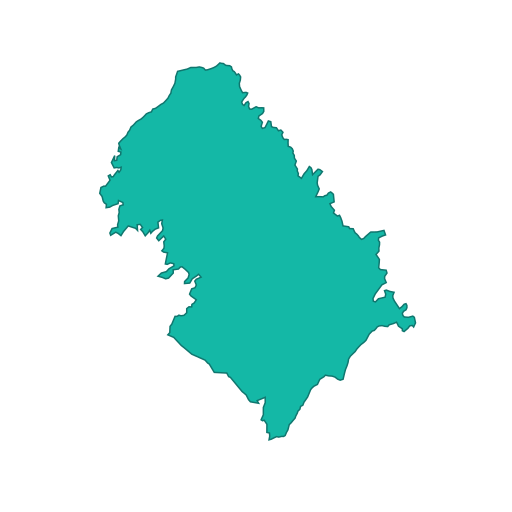 the district of Bossoroca, Rio Grande do Sul, Brazil, rotated 206°
{"feature_id": "56859067B25851744085744", "entity_name": "Bossoroca", "entity_type": "district", "adm_level": 2, "iso_a3": "BRA", "parent_name": "Brazil", "parent_adm1": "Rio Grande do Sul", "projection": "equal_earth", "projection_center": [-54.962, -28.651], "detail": "fine", "context": "isolated", "style": "filled", "palette": "teal", "viewbox_px": 512, "rotation_deg": 206, "n_neighbors": 0, "source": "geoboundaries", "source_scale": "gbopen_adm2", "svg_char_len": 5657}
<svg xmlns="http://www.w3.org/2000/svg" viewBox="0 0 512 512"><g transform="rotate(206 256 256)"><path d="M395.7,210.9L392.5,215.9L389.9,215.9L386.3,215.1L385.8,219.9L384.0,227.0L376.4,228.1L373.7,227.1L376.5,232.0L373.9,233.7L370.5,231.9L371.3,229.3L368.4,228.2L364.4,225.6L363.2,229.7L362.8,232.6L360.5,230.3L359.9,232.6L358.3,236.0L355.9,238.6L359.0,243.4L357.6,246.1L355.9,247.3L354.9,243.7L351.8,240.5L351.1,237.8L353.3,230.8L353.2,228.6L350.1,227.1L347.7,233.5L344.5,231.6L345.1,228.3L342.9,224.8L342.1,222.5L342.9,219.4L340.8,219.0L336.9,220.1L334.8,212.0L334.0,209.1L332.1,209.6L329.9,212.3L326.5,213.0L325.4,211.2L328.6,206.4L329.7,202.7L333.6,199.2L335.2,194.9L330.8,195.7L327.2,195.9L324.9,197.8L322.9,204.4L324.4,207.3L320.0,210.3L319.2,212.9L317.7,213.9L313.8,213.0L309.4,211.6L308.0,210.1L307.4,206.5L309.0,201.8L308.2,199.9L303.7,202.6L303.3,207.6L300.7,212.0L299.6,214.4L296.1,212.9L299.5,208.9L300.0,206.6L296.9,203.7L296.9,200.7L299.4,198.3L299.0,192.6L297.0,191.6L290.5,190.5L291.0,186.7L292.4,184.4L291.5,182.1L294.0,180.9L295.2,178.3L293.4,174.6L294.7,171.1L297.2,169.4L299.4,169.0L300.4,167.2L302.3,166.3L301.8,157.9L302.4,155.1L299.9,149.3L300.7,146.5L294.2,146.8L283.9,142.8L280.6,142.1L270.7,139.6L256.2,140.1L252.5,138.6L250.6,138.4L242.5,133.1L230.9,138.0L227.7,135.6L225.8,135.7L209.1,128.1L203.9,126.8L199.7,123.6L197.1,122.5L189.1,124.8L191.6,126.5L185.8,133.0L183.4,128.2L183.0,123.1L179.8,116.5L179.6,111.0L177.9,110.8L176.6,112.0L172.4,109.5L168.9,102.2L166.3,102.8L164.7,100.1L163.7,96.5L162.0,98.0L160.0,100.6L158.3,102.7L156.2,103.2L153.9,105.1L152.1,105.9L151.1,107.5L151.3,110.7L151.1,113.7L152.2,119.0L151.3,121.5L150.6,124.5L149.8,127.4L150.1,129.5L150.0,132.8L150.3,134.9L149.4,137.4L150.0,140.4L148.5,142.4L148.8,145.6L148.4,147.9L147.8,151.9L148.3,159.9L147.7,162.3L146.7,164.6L144.5,167.5L144.6,173.1L142.0,177.3L141.4,179.3L138.2,180.1L135.0,181.4L132.0,181.8L128.6,181.1L125.9,181.3L123.7,183.4L125.0,189.1L125.8,193.1L126.1,197.3L126.6,200.6L127.6,203.9L127.3,207.3L126.0,210.9L125.0,213.6L124.6,216.6L123.9,219.1L122.9,222.3L121.1,225.9L120.2,228.4L120.0,235.4L118.6,239.6L117.1,240.9L116.4,243.1L115.9,245.5L114.7,247.1L112.2,248.7L109.4,249.3L106.7,250.3L106.1,252.6L103.0,255.4L100.7,258.1L98.9,256.8L97.2,255.4L92.6,254.7L91.7,253.0L89.8,253.0L87.8,257.5L87.2,260.6L85.1,262.1L83.2,261.3L83.3,265.8L86.8,270.3L88.7,270.7L92.1,267.7L96.0,266.2L98.0,267.0L99.4,268.8L99.0,271.2L97.6,273.4L97.7,275.7L98.7,277.7L100.3,278.9L101.7,277.6L102.6,274.4L104.0,271.6L112.0,276.3L114.6,278.4L115.7,280.3L116.0,283.9L120.3,282.8L123.9,282.5L125.3,281.2L122.7,278.6L121.9,275.6L124.9,273.1L127.2,271.3L128.5,267.1L130.7,266.8L132.2,269.0L132.2,274.3L130.2,285.3L127.3,289.2L130.5,292.0L131.4,294.1L130.8,298.1L132.8,300.3L138.3,298.3L140.6,299.2L142.3,303.9L143.6,307.0L148.8,310.0L147.6,314.3L149.1,317.0L149.9,320.2L151.0,322.6L152.9,323.8L153.7,326.1L151.1,329.4L148.8,331.7L152.2,335.1L157.7,330.7L163.4,327.8L165.1,323.8L166.2,321.2L166.8,319.1L168.4,317.2L171.3,318.0L172.7,318.9L174.9,319.8L177.1,320.3L178.7,321.5L180.6,323.1L183.9,321.7L185.5,322.9L191.0,321.2L194.0,325.0L196.8,327.7L198.8,329.2L200.3,327.6L205.2,328.6L205.6,331.5L210.1,333.4L212.5,335.4L209.5,338.9L213.5,345.4L215.4,346.0L217.0,346.3L218.5,344.3L219.0,341.6L220.4,340.6L221.6,338.6L225.1,337.1L228.3,335.5L228.4,341.3L228.6,344.0L231.7,346.6L233.1,348.6L235.2,354.8L234.0,357.0L233.3,361.0L236.5,361.6L238.3,361.2L240.8,353.9L243.7,358.2L245.4,359.5L247.3,359.8L247.7,355.0L248.8,351.0L249.2,345.7L253.4,346.5L254.1,348.7L256.2,350.5L256.9,352.3L260.9,354.8L261.4,359.0L264.4,360.8L265.7,363.2L268.0,364.7L268.5,366.6L270.4,368.3L272.5,369.0L275.1,368.7L276.8,371.7L278.1,374.6L279.8,374.2L281.7,373.1L283.8,374.1L286.0,376.2L286.0,379.0L288.9,380.1L290.7,378.4L293.9,380.2L297.0,379.1L298.8,379.1L301.6,383.2L304.1,382.8L304.1,378.7L304.2,375.3L306.2,373.5L308.2,374.7L308.9,379.0L311.2,380.1L314.2,380.6L314.8,383.1L312.6,386.9L312.4,389.4L314.0,392.5L315.9,391.7L318.6,390.3L321.3,390.2L324.3,386.0L326.2,385.3L328.3,387.2L329.1,390.0L330.9,391.3L332.2,389.4L332.7,386.0L334.6,386.4L336.4,388.1L335.9,392.3L335.2,394.3L334.8,396.6L334.9,398.8L336.7,398.7L339.6,396.9L341.6,398.2L345.0,401.0L346.7,403.9L347.2,407.2L348.3,410.2L350.1,411.4L351.6,412.0L352.9,410.2L354.8,411.4L356.4,412.2L357.9,412.3L359.6,413.5L361.0,415.2L363.1,415.5L365.3,414.6L366.9,414.1L369.6,414.7L371.5,414.0L373.1,413.7L373.8,411.8L374.8,409.3L376.5,406.9L378.4,404.8L381.2,402.1L383.0,400.9L385.4,401.9L387.3,401.7L389.8,401.1L392.3,399.3L394.3,398.3L397.3,396.8L399.8,393.8L401.2,392.7L407.4,387.6L407.0,384.4L406.7,381.7L405.8,379.9L404.6,375.7L404.6,371.9L404.8,368.2L403.9,365.0L404.3,362.1L404.3,359.3L405.2,356.1L406.2,352.9L407.9,350.6L410.0,346.5L411.1,344.6L413.2,342.8L413.2,339.7L415.3,337.7L416.9,335.6L417.5,333.5L418.2,331.4L419.3,328.8L421.2,326.1L422.4,324.1L423.0,321.9L423.6,319.9L424.9,317.1L424.7,313.6L425.3,311.2L425.1,308.2L425.8,305.7L427.0,303.1L428.1,299.8L428.8,297.2L427.4,295.5L424.6,293.0L426.9,293.4L425.7,289.7L423.0,290.2L422.1,287.7L424.3,284.3L423.1,281.0L425.0,279.6L427.0,284.3L426.9,276.6L424.1,274.5L422.1,273.0L420.0,274.5L417.9,275.0L416.1,276.7L415.3,274.2L415.8,271.2L417.6,272.3L418.8,267.1L419.1,264.7L420.6,263.7L422.7,265.1L423.9,263.2L420.4,260.1L421.8,252.8L423.4,252.1L425.4,249.6L423.9,243.8L420.4,242.0L417.4,238.4L415.7,237.3L413.1,236.9L411.9,233.7L408.9,235.8L406.9,238.7L402.9,242.6L403.9,245.6L399.1,245.7L397.8,243.8L400.3,241.4L399.7,237.8L398.0,235.1L397.4,231.8L394.8,227.4L394.1,223.4L392.8,221.4L397.4,217.6L397.4,212.6L395.7,210.9Z" fill="#14b8a6" stroke="#0f766e" stroke-width="1.5"/></g></svg>